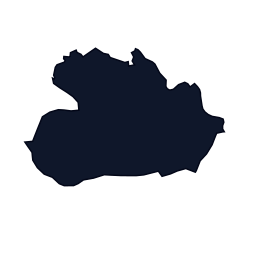 outline of Unchon, Hwanghae-namdo, North Korea, rotated 21°
{"feature_id": "82179303B30475034164158", "entity_name": "Unchon", "entity_type": "district", "adm_level": 2, "iso_a3": "PRK", "parent_name": "North Korea", "parent_adm1": "Hwanghae-namdo", "projection": "robinson", "projection_center": [125.456, 38.592], "detail": "fine", "context": "isolated", "style": "filled", "palette": "ink", "viewbox_px": 256, "rotation_deg": 21, "n_neighbors": 0, "source": "geoboundaries", "source_scale": "gbopen_adm2", "svg_char_len": 1417}
<svg xmlns="http://www.w3.org/2000/svg" viewBox="0 0 256 256"><g transform="rotate(21 128 128)"><path d="M206.7,145.1L207.0,143.4L207.1,132.8L210.6,124.0L212.5,113.5L212.5,106.4L212.6,101.1L217.9,97.6L219.2,97.0L216.7,95.0L215.6,92.2L215.5,91.9L215.4,88.3L213.6,85.6L212.7,85.6L209.5,85.6L202.4,87.0L198.0,86.7L194.0,85.4L191.0,83.4L189.1,80.7L184.2,72.1L183.0,69.2L181.0,66.5L178.0,64.5L174.2,62.7L172.6,65.3L171.6,66.9L171.2,67.4L168.0,65.3L164.6,65.0L159.7,69.4L156.5,75.6L153.4,77.7L150.5,77.3L148.4,75.6L146.4,69.6L138.0,65.5L130.2,58.7L127.1,57.6L119.1,57.1L112.4,52.8L109.3,51.4L106.6,51.3L106.7,53.6L104.3,56.4L107.9,59.6L107.9,63.9L111.5,66.7L106.4,69.9L104.4,66.0L101.6,68.0L86.1,68.6L83.2,66.4L78.3,67.2L69.1,65.2L60.5,77.8L57.7,76.1L53.3,75.7L51.7,73.9L47.3,78.3L48.2,81.7L47.5,82.8L42.5,84.2L43.1,86.4L45.2,87.5L45.0,89.3L39.1,94.4L38.4,97.4L39.7,105.4L41.5,107.2L41.6,108.7L39.7,108.5L42.6,113.0L49.6,114.8L58.4,116.6L65.4,118.4L72.3,121.9L75.8,129.0L68.7,132.5L61.7,134.2L56.4,135.9L49.4,141.2L44.1,148.2L44.0,155.3L43.9,160.5L43.8,171.1L43.8,174.6L36.8,178.1L42.0,181.7L47.2,185.2L48.9,188.7L50.7,192.2L57.6,197.5L66.3,201.1L75.1,201.1L83.8,204.6L89.1,204.7L97.9,201.2L101.4,197.7L105.0,192.4L113.8,187.1L122.6,180.1L127.9,178.4L138.4,174.9L152.5,169.6L159.5,166.1L171.8,157.4L177.1,160.9L184.1,155.6L189.4,150.4L196.5,145.1L206.7,145.1Z" fill="#0f172a" stroke="#020617" stroke-width="1.5"/></g></svg>